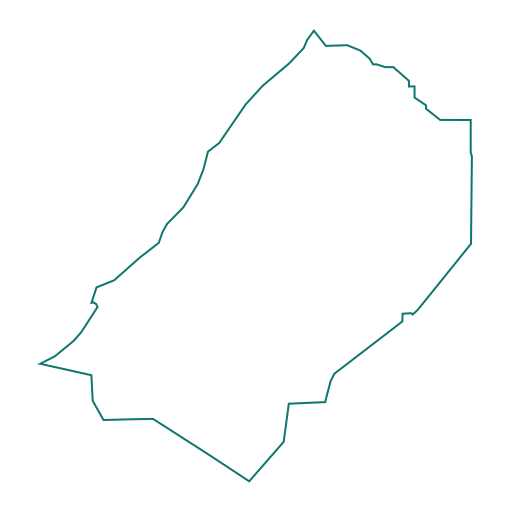 Orange, California, United States of America, rotated 90°
{"feature_id": "52423323B24970459595653", "entity_name": "Orange", "entity_type": "district", "adm_level": 2, "iso_a3": "USA", "parent_name": "United States of America", "parent_adm1": "California", "projection": "mercator", "projection_center": [-117.816, 33.667], "detail": "fine", "context": "isolated", "style": "outline", "palette": "teal", "viewbox_px": 512, "rotation_deg": 90, "n_neighbors": 0, "source": "geoboundaries", "source_scale": "gbopen_adm2", "svg_char_len": 937}
<svg xmlns="http://www.w3.org/2000/svg" viewBox="0 0 512 512"><g transform="rotate(90 256 256)"><path d="M243.8,41.0L156.4,40.1L152.4,41.3L126.2,41.3L120.0,41.3L119.9,71.9L108.7,86.0L105.3,86.0L97.6,97.4L86.4,97.5L86.5,103.0L80.8,103.1L67.3,118.5L67.1,118.5L67.1,126.9L64.3,135.5L64.4,139.0L58.8,142.2L50.6,151.6L45.2,164.8L45.9,186.1L30.7,198.1L40.1,204.9L47.9,208.2L63.3,222.7L84.2,247.5L85.8,249.4L104.5,266.4L143.0,292.8L151.6,304.0L169.1,308.5L183.9,314.2L207.3,328.6L224.0,345.0L232.3,349.6L242.8,353.2L257.9,372.6L276.6,393.7L280.3,397.9L287.4,415.5L302.8,420.5L302.4,418.5L304.1,415.8L307.1,414.5L332.1,430.7L341.1,438.6L356.3,457.2L363.8,471.9L375.2,420.6L400.8,419.3L420.0,408.5L419.3,381.3L418.9,359.0L452.5,306.6L481.3,262.8L441.8,228.3L403.7,223.2L402.1,186.8L398.4,185.9L381.1,181.4L373.7,177.6L321.5,109.7L313.7,109.4L313.2,100.7L314.5,99.3L309.9,94.3L243.8,41.0Z" fill="none" stroke="#0f766e" stroke-width="2"/></g></svg>